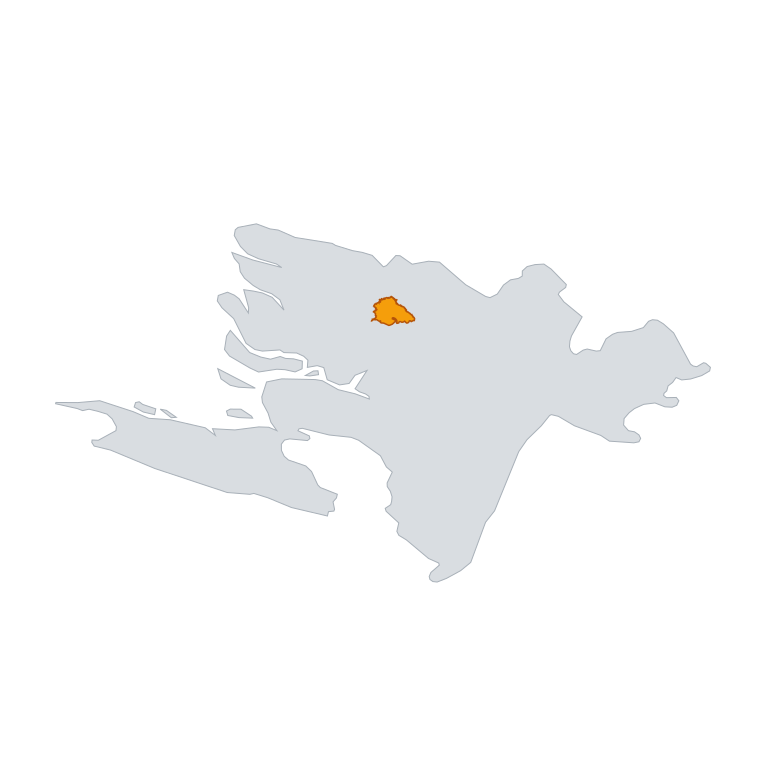 location of Magura, Khulna, Bangladesh, rotated 114°
{"feature_id": "16705992B78415132034426", "entity_name": "Magura", "entity_type": "district", "adm_level": 2, "iso_a3": "BGD", "parent_name": "Bangladesh", "parent_adm1": "Khulna", "projection": "equal_earth", "projection_center": [89.424, 23.47], "detail": "fine", "context": "in_parent", "style": "filled", "palette": "amber", "viewbox_px": 768, "rotation_deg": 114, "n_neighbors": 0, "source": "geoboundaries", "source_scale": "gbopen_adm2", "svg_char_len": 8863}
<svg xmlns="http://www.w3.org/2000/svg" viewBox="0 0 768 768"><g transform="rotate(114 384 384)"><path d="M286.4,543.3L286.3,524.8L276.6,488.5L277.1,484.6L275.0,467.1L272.6,457.4L271.3,447.1L277.2,432.3L274.9,429.9L261.8,425.4L260.3,421.5L263.1,407.0L253.7,393.2L250.1,382.9L260.1,349.8L262.7,326.7L262.0,322.3L255.8,317.1L245.0,315.1L237.4,310.8L232.9,304.2L229.2,301.6L224.5,303.6L218.5,301.0L213.5,294.6L209.4,286.7L211.0,278.1L219.0,257.9L221.9,257.3L228.7,261.1L231.3,261.2L235.8,253.1L242.1,230.3L263.9,232.3L269.2,231.6L274.6,229.7L277.6,226.9L279.3,223.2L278.7,220.1L272.0,215.8L269.4,212.6L267.6,203.5L265.6,200.0L252.4,199.5L245.6,195.4L241.9,191.6L235.2,179.2L227.0,170.0L219.1,167.8L216.1,164.9L214.5,160.2L215.4,153.3L219.5,140.2L241.2,112.0L241.8,108.9L241.0,105.3L234.6,100.7L234.2,98.5L236.0,92.6L239.6,91.8L247.1,97.2L254.7,105.9L259.2,113.7L259.3,119.8L265.2,121.0L270.2,123.7L275.3,122.9L278.6,124.4L280.8,123.9L281.6,120.4L277.4,111.5L279.4,107.8L284.4,107.9L288.0,111.3L290.6,118.1L291.1,128.7L296.9,138.4L304.6,145.2L310.6,148.4L317.9,150.6L324.1,148.4L327.2,141.7L325.8,135.7L326.8,130.4L329.3,127.4L333.1,127.6L336.1,131.8L344.5,154.8L342.8,165.0L344.7,193.0L342.6,211.5L343.9,218.6L345.4,219.9L358.2,223.3L376.7,230.7L390.9,233.4L454.9,231.4L469.0,235.0L511.7,232.2L523.4,238.1L536.1,247.8L543.3,254.9L544.6,259.0L543.9,262.5L541.5,264.4L537.1,264.5L527.0,259.8L525.3,261.2L525.3,272.3L517.3,300.2L516.2,308.9L513.4,312.3L504.9,314.0L499.4,330.3L497.1,332.3L491.5,328.8L488.1,329.3L483.7,330.8L479.4,334.6L476.4,339.3L473.1,340.9L461.1,340.6L458.8,348.1L451.0,358.1L445.7,384.3L446.1,392.4L452.9,413.4L457.7,440.6L459.5,443.4L461.7,443.6L461.8,431.1L464.0,429.5L466.8,430.9L472.5,447.8L475.7,452.1L480.7,453.3L486.4,450.7L490.6,445.8L492.3,440.4L490.7,422.1L493.4,414.6L503.1,403.5L504.5,400.1L503.7,381.8L507.4,381.1L512.4,382.6L518.6,378.2L520.5,378.1L523.2,382.8L527.6,382.0L534.5,418.4L535.2,444.1L536.9,458.4L539.3,461.6L546.9,483.1L554.4,558.9L555.6,607.0L558.6,623.5L556.2,627.2L553.9,627.9L551.6,622.1L535.6,609.9L531.8,611.1L526.4,618.2L524.2,624.8L525.3,634.1L527.0,643.2L530.9,648.5L531.2,654.3L535.6,676.0L534.3,676.2L525.6,656.3L514.9,636.9L511.3,602.1L511.0,584.9L503.6,564.7L496.7,529.5L499.6,517.1L494.6,522.5L486.6,501.5L474.1,480.9L470.4,471.7L470.2,462.9L464.9,471.8L457.7,478.1L450.4,487.5L445.5,490.4L429.9,492.1L420.9,479.5L407.9,448.6L406.1,441.6L407.8,423.5L404.7,406.4L403.7,391.3L401.4,392.7L400.6,396.8L401.1,403.2L400.1,408.5L378.5,405.0L387.8,414.0L397.7,416.1L402.9,424.2L403.2,437.6L393.5,445.7L394.4,452.5L400.0,460.8L393.2,463.2L391.3,468.6L391.2,476.4L396.0,488.2L395.2,492.9L403.4,508.5L405.0,515.9L403.0,526.5L385.4,547.9L380.3,563.0L375.9,570.1L370.5,571.4L363.8,564.3L363.7,556.9L365.1,551.0L374.3,536.8L369.3,538.7L354.9,550.5L352.2,541.0L350.3,532.2L350.3,521.4L357.2,505.4L349.4,513.4L347.2,523.4L348.2,535.2L347.2,543.5L344.1,554.5L339.9,561.0L333.2,565.2L330.2,571.7L325.7,576.5L324.1,554.4L319.2,524.8L318.1,531.1L320.6,549.5L320.5,561.5L316.8,571.0L309.3,581.2L303.6,582.6L300.3,581.0L289.6,565.7L288.7,551.3L286.4,543.3ZM417.4,543.7L404.2,547.3L397.5,546.2L409.9,519.5L409.5,507.5L407.5,497.8L401.1,490.0L400.7,484.4L397.8,476.8L396.3,467.9L403.4,465.0L409.1,470.1L411.2,480.3L414.1,487.9L424.1,503.5L423.9,513.1L421.3,536.5L417.4,543.7ZM445.6,535.0L437.6,542.1L440.1,499.9L446.1,515.6L447.7,524.0L445.6,535.0ZM476.3,513.9L472.8,516.9L469.5,514.3L465.2,504.4L467.3,491.9L468.6,490.1L473.7,502.9L476.3,513.9ZM506.6,602.9L502.0,603.4L499.8,600.4L500.8,596.1L499.5,582.4L505.3,581.1L507.5,592.5L506.6,602.9ZM501.3,564.6L498.0,578.2L496.6,572.1L498.9,560.2L501.3,564.6ZM406.8,455.0L408.2,459.3L400.8,453.7L398.8,449.7L402.1,447.6L406.8,455.0Z" fill="#d9dde1" stroke="#a8b0b8" stroke-width="1"/><path d="M320.2,392.6L320.0,392.2L319.2,391.2L318.4,390.9L318.2,390.7L318.3,390.4L318.5,389.9L318.8,389.2L318.9,388.8L319.0,388.5L319.1,388.4L319.1,388.1L318.9,387.7L318.6,387.3L318.2,386.9L317.1,386.5L316.7,386.5L316.1,386.5L315.9,386.4L315.6,385.9L315.6,385.5L315.6,385.2L315.9,384.8L315.9,384.5L315.6,384.2L314.9,383.7L314.6,383.4L314.1,383.1L313.8,382.2L313.6,382.2L313.2,382.2L311.8,382.7L311.8,382.8L311.6,382.9L311.3,383.3L311.0,383.9L310.8,383.9L310.3,384.0L310.8,383.9L311.0,384.0L311.0,384.4L310.9,384.5L310.7,384.7L310.8,384.9L310.6,385.0L310.4,385.5L310.0,385.6L309.9,385.9L309.9,386.1L309.8,386.3L309.7,386.3L309.6,386.5L309.4,386.7L309.6,386.8L309.7,387.1L309.5,387.4L309.3,388.2L309.3,388.7L309.2,388.8L309.1,389.0L308.9,389.0L308.8,390.0L308.8,390.5L308.6,390.7L308.6,391.1L308.4,391.6L308.7,391.8L308.7,392.6L308.6,392.9L308.5,393.2L308.3,393.3L308.2,393.7L307.9,393.6L307.8,393.8L307.4,393.9L307.4,394.0L307.2,393.8L307.1,394.0L306.7,394.9L306.6,395.1L306.4,395.2L306.3,395.6L306.4,396.0L306.2,396.1L306.2,396.3L305.8,396.4L305.7,396.5L305.8,396.8L305.6,397.8L305.7,398.0L305.6,398.3L305.8,398.5L305.9,398.8L305.8,399.1L305.6,399.3L305.7,399.5L306.0,399.7L306.0,399.9L305.9,400.0L305.8,400.3L305.5,400.2L305.4,400.2L305.2,400.6L305.2,400.8L305.2,401.0L305.3,401.0L305.6,401.1L305.7,401.4L305.8,401.8L305.8,402.0L305.9,402.3L305.8,403.7L305.7,403.8L305.4,404.1L305.5,404.2L305.5,404.5L305.6,405.1L305.4,405.1L305.2,405.1L305.2,405.3L305.4,405.4L305.4,405.5L305.2,405.5L305.1,405.4L305.1,405.6L304.8,405.7L304.9,405.8L305.0,405.8L304.8,406.0L304.6,406.0L304.4,406.2L304.0,406.8L303.9,406.7L303.8,406.9L303.6,406.8L303.4,407.0L302.7,406.7L302.0,406.5L302.0,406.8L302.0,407.3L302.3,407.3L302.6,407.3L302.6,407.7L303.1,407.8L303.0,408.0L302.9,408.3L302.7,408.3L302.5,408.5L302.3,408.6L302.1,409.1L301.9,409.2L302.0,409.4L302.1,409.6L302.3,409.7L302.4,409.8L302.2,410.2L302.1,410.3L301.8,410.2L301.5,410.3L301.5,410.6L301.7,410.9L301.7,411.1L301.6,411.3L301.3,411.4L301.2,411.6L301.3,411.8L301.4,412.0L301.6,412.4L301.1,412.7L301.1,412.8L301.1,413.0L301.6,413.1L301.8,413.4L302.1,413.7L302.3,413.6L302.4,413.4L302.7,413.5L302.8,413.6L302.9,413.8L303.4,414.0L303.4,413.9L303.5,414.1L303.6,414.3L303.4,414.6L303.3,414.9L303.3,415.2L303.3,415.3L303.9,415.7L303.9,415.9L304.1,415.8L304.1,416.0L304.1,416.4L304.0,416.7L304.5,417.3L305.0,417.7L305.4,417.7L305.5,417.9L305.5,418.1L305.6,418.3L305.7,418.2L305.7,418.4L305.8,418.5L305.7,418.6L305.9,418.7L305.9,419.0L306.1,419.0L306.2,418.8L306.2,418.4L306.3,418.3L306.5,418.2L306.7,418.4L307.1,419.3L307.2,419.8L307.2,420.0L307.0,420.5L306.9,420.7L307.0,420.9L307.1,421.0L307.3,421.0L307.8,420.7L308.1,420.4L308.5,421.5L308.6,421.8L308.5,422.3L308.8,422.5L309.0,422.4L309.3,421.9L309.6,421.6L309.7,421.4L309.7,421.1L309.9,421.1L310.0,421.2L310.3,420.6L310.5,420.6L310.8,420.8L310.8,421.2L310.9,421.4L310.9,421.7L310.9,421.9L311.3,421.8L311.2,421.9L311.2,422.0L311.4,422.0L311.5,422.0L311.8,422.3L312.0,422.5L312.2,422.4L312.4,422.6L312.5,422.8L312.9,423.2L313.1,423.4L313.3,423.4L313.5,423.6L313.5,423.8L313.6,424.0L313.9,424.0L314.0,423.9L314.0,424.1L314.3,424.1L314.4,424.3L314.4,424.2L314.5,424.4L314.7,424.6L314.7,424.8L315.1,425.0L315.3,425.0L315.5,425.0L315.8,424.7L316.1,424.8L316.3,425.0L316.5,425.1L317.0,425.1L317.0,424.6L317.1,424.4L317.2,424.5L317.3,424.4L317.3,424.1L317.5,424.1L317.5,423.6L317.5,423.3L317.7,422.8L317.7,422.4L317.8,422.4L317.9,422.2L318.0,422.2L318.3,422.0L318.7,422.3L318.9,422.3L318.9,421.9L318.7,421.4L318.7,421.1L318.8,420.9L319.0,420.8L319.3,421.0L319.6,421.2L319.9,421.3L320.3,421.3L320.7,422.0L320.8,422.1L321.0,422.0L321.4,422.3L321.5,422.2L321.7,422.4L321.7,422.5L321.7,422.8L321.9,422.9L322.0,423.0L322.3,423.0L322.3,422.9L322.3,422.7L322.5,422.4L322.5,421.8L322.7,421.4L322.9,421.2L323.0,420.5L323.5,420.3L323.8,420.1L324.7,419.9L324.9,419.5L324.9,419.0L325.0,418.7L325.5,418.9L326.2,418.7L326.3,418.5L326.4,418.4L326.6,418.6L326.9,418.5L327.2,418.6L327.3,418.8L328.1,418.7L328.3,418.7L328.3,419.6L329.1,419.9L329.3,420.4L329.4,420.2L329.6,420.0L330.1,420.7L330.5,421.0L330.9,421.1L331.4,421.0L331.3,420.8L330.7,420.7L330.2,420.4L330.0,420.2L329.7,419.9L329.2,419.1L328.9,418.2L328.7,417.7L328.4,417.3L328.3,417.0L328.2,416.6L328.3,416.0L328.4,415.5L328.5,415.0L328.6,413.7L328.1,413.1L327.9,412.8L328.1,412.6L328.5,412.5L329.1,412.5L329.2,412.4L329.3,412.0L329.2,411.0L328.6,409.4L328.5,408.6L328.5,408.2L328.5,407.2L328.5,406.0L328.5,405.5L328.5,404.0L328.5,403.5L328.3,403.1L328.0,402.7L327.1,401.8L325.9,400.7L323.9,399.8L323.5,399.7L323.2,399.6L322.4,399.2L321.8,399.2L321.5,399.4L321.3,399.5L321.1,399.9L321.0,400.2L321.1,401.2L321.1,401.7L321.1,402.4L321.0,402.7L321.0,402.9L320.8,402.9L320.7,403.0L320.4,403.0L320.2,403.1L319.8,402.7L319.7,402.4L319.6,401.7L319.6,400.6L319.8,399.9L320.5,398.5L321.0,398.0L321.8,397.6L322.2,397.5L322.6,397.7L322.9,397.6L323.0,397.5L323.1,397.4L323.2,397.1L323.3,396.9L323.1,396.5L322.2,395.4L321.9,395.4L321.3,395.4L320.9,395.3L320.7,395.1L320.4,394.7L320.3,394.2L320.3,393.9L320.4,393.3L320.2,392.6Z" fill="#f59e0b" stroke="#b45309" stroke-width="1.5"/></g></svg>